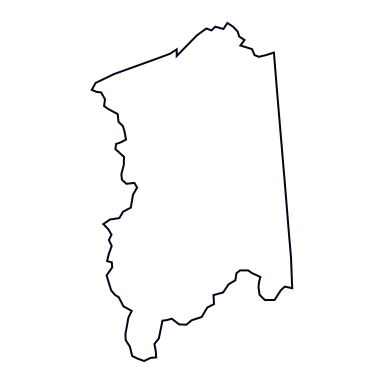 Lagoa do Ouro, Pernambuco, Brazil (Robinson projection)
{"feature_id": "56859067B65394251684100", "entity_name": "Lagoa do Ouro", "entity_type": "district", "adm_level": 2, "iso_a3": "BRA", "parent_name": "Brazil", "parent_adm1": "Pernambuco", "projection": "robinson", "projection_center": [-36.48, -9.167], "detail": "fine", "context": "isolated", "style": "outline", "palette": "ink", "viewbox_px": 384, "rotation_deg": 0, "n_neighbors": 0, "source": "geoboundaries", "source_scale": "gbopen_adm2", "svg_char_len": 1417}
<svg xmlns="http://www.w3.org/2000/svg" viewBox="0 0 384 384"><path d="M144.1,361.0L150.5,357.9L156.2,357.4L155.7,350.5L154.4,344.0L158.8,338.5L161.0,328.0L162.4,320.7L166.8,320.1L171.8,318.7L179.1,324.4L186.4,324.7L191.6,320.3L201.7,317.0L207.3,307.5L214.0,304.1L213.5,295.1L223.2,292.4L228.5,284.4L235.3,280.3L236.5,273.1L240.1,270.4L248.1,270.4L252.0,273.1L260.4,277.0L259.1,281.7L258.5,287.2L259.6,294.8L264.8,300.0L274.6,300.0L280.7,290.4L284.8,286.6L292.2,288.2L291.0,257.5L289.1,235.6L284.5,179.1L283.5,167.6L277.3,94.3L273.9,52.6L266.0,55.1L258.8,56.8L254.6,55.1L252.0,49.1L240.4,45.5L244.5,40.0L239.2,36.5L237.7,31.6L233.1,26.7L227.4,23.0L223.4,29.0L215.3,26.7L211.5,30.4L206.3,28.5L196.9,35.4L176.7,56.0L176.7,49.4L169.9,53.8L158.3,58.1L114.2,74.0L95.6,82.9L91.8,89.9L96.6,91.9L101.1,92.4L105.0,99.3L104.1,106.1L108.1,108.9L117.7,114.1L118.5,121.8L122.8,126.0L124.5,131.4L126.0,139.6L120.9,142.3L116.1,144.0L115.4,149.1L124.0,156.9L123.8,164.9L121.4,174.2L121.9,179.7L126.5,183.8L134.4,182.9L137.1,187.6L133.0,194.7L131.7,202.4L130.8,207.6L122.9,211.8L119.4,218.1L110.0,219.5L103.3,224.1L108.4,229.3L111.5,234.7L108.9,240.0L111.7,246.0L108.8,254.0L107.1,261.1L111.8,262.4L112.2,267.4L106.6,275.4L108.4,281.4L111.2,290.4L114.9,294.8L118.8,297.3L123.4,306.3L131.7,310.9L128.4,317.7L125.4,334.3L125.7,340.1L129.9,346.7L132.2,356.0L137.3,358.5L144.1,361.0Z" fill="none" stroke="#020617" stroke-width="2"/></svg>